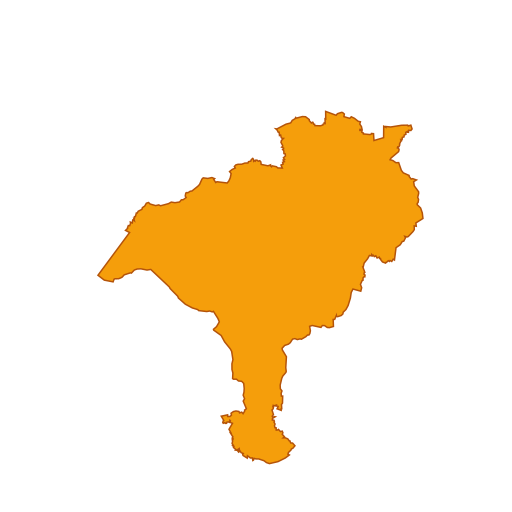 Atlapexco, Hidalgo, Mexico, rotated 26°
{"feature_id": "50627088B28473489349448", "entity_name": "Atlapexco", "entity_type": "district", "adm_level": 2, "iso_a3": "MEX", "parent_name": "Mexico", "parent_adm1": "Hidalgo", "projection": "albers", "projection_center": [-98.36, 21.021], "detail": "fine", "context": "isolated", "style": "filled", "palette": "amber", "viewbox_px": 512, "rotation_deg": 26, "n_neighbors": 0, "source": "geoboundaries", "source_scale": "gbopen_adm2", "svg_char_len": 6111}
<svg xmlns="http://www.w3.org/2000/svg" viewBox="0 0 512 512"><g transform="rotate(26 256 256)"><path d="M362.9,117.8L361.7,118.8L358.8,117.4L358.3,116.5L351.9,116.7L349.1,115.3L343.3,109.5L340.9,110.8L337.1,110.2L334.3,110.7L334.4,108.8L338.4,99.7L338.0,97.7L336.9,96.7L335.7,96.9L335.5,95.8L336.6,95.0L336.5,93.1L335.9,92.5L335.9,89.3L336.3,88.6L335.0,88.2L336.1,88.1L335.2,87.7L336.2,87.0L335.5,85.3L336.8,84.1L336.2,82.3L337.4,80.9L336.4,79.3L337.3,77.9L337.8,78.4L338.8,78.0L338.1,76.1L340.2,75.3L340.6,73.4L337.8,70.5L335.8,72.4L335.0,71.9L329.5,74.7L320.5,81.0L315.7,82.8L316.2,83.4L313.9,83.4L318.8,93.7L311.4,100.5L308.0,94.5L306.2,95.2L306.4,95.6L305.2,96.9L299.0,99.2L298.6,98.4L296.8,98.4L296.3,96.7L294.3,97.6L293.9,96.7L295.9,95.8L294.0,93.4L291.4,91.9L291.0,89.6L288.7,90.1L284.2,89.1L280.6,89.1L279.9,91.2L273.9,92.2L273.2,89.7L271.0,89.1L269.9,89.4L266.8,92.4L266.3,94.4L255.2,95.5L258.6,102.3L257.9,102.4L260.0,106.5L259.0,106.5L259.3,107.2L258.5,108.2L258.7,108.9L256.9,110.7L251.8,113.0L250.9,111.9L250.0,112.3L248.6,110.9L248.1,111.0L247.5,112.2L244.6,111.0L244.0,110.0L239.5,109.1L236.6,110.3L231.7,114.5L231.0,114.1L230.8,115.7L229.1,118.2L228.9,120.9L228.4,121.6L225.2,124.3L219.1,132.6L218.0,133.0L219.9,133.6L221.7,135.0L222.5,134.6L224.3,137.4L225.1,136.5L226.8,138.5L227.8,138.8L229.1,138.3L228.2,141.0L228.6,142.9L231.5,145.0L231.9,145.9L231.4,146.9L233.5,146.9L233.9,147.8L233.3,148.6L234.9,149.3L236.2,151.7L237.5,151.4L238.6,153.2L237.6,155.7L239.4,156.7L238.3,157.9L240.1,158.8L238.8,160.1L240.1,161.5L238.6,163.3L241.1,165.4L237.0,167.3L235.2,166.8L230.9,167.9L230.9,169.0L229.2,168.6L229.0,167.8L227.2,169.7L220.5,171.4L219.0,169.2L217.6,168.7L216.5,169.8L214.9,169.4L213.7,170.0L213.8,170.7L213.4,170.5L212.5,171.9L211.5,170.3L210.3,169.7L209.5,171.4L209.7,173.0L207.9,174.5L208.0,175.9L205.2,177.4L202.9,179.8L199.7,181.4L198.0,182.9L197.3,185.0L198.8,186.0L196.7,188.6L195.2,191.7L197.5,192.8L198.6,197.0L198.7,200.4L198.1,203.0L188.3,206.4L187.6,207.6L184.4,205.7L184.9,204.6L182.0,204.8L178.7,207.4L174.3,208.9L173.7,210.6L173.9,216.4L173.2,218.7L169.9,225.7L168.5,226.6L167.0,229.1L166.1,229.2L165.3,230.2L166.1,233.1L167.6,234.1L165.8,237.4L164.3,238.2L163.6,241.0L159.8,243.6L156.2,244.7L154.4,247.3L148.2,252.7L146.2,252.7L143.7,254.7L138.0,255.7L136.0,255.0L134.3,256.6L134.1,259.9L132.7,262.3L133.0,264.1L130.5,267.4L130.4,269.5L129.6,269.8L130.3,273.4L129.5,273.9L130.2,275.5L129.6,275.7L131.1,277.5L130.1,277.2L129.4,277.6L130.3,280.5L128.2,280.6L128.9,281.7L129.2,284.1L127.9,284.6L128.1,286.9L128.5,287.3L127.5,290.2L132.1,290.3L122.4,342.6L130.2,344.2L138.9,341.9L138.6,339.1L139.2,338.3L142.4,336.7L144.0,335.0L145.0,333.6L145.8,330.7L150.5,326.2L151.5,326.0L152.8,321.9L154.9,319.8L158.1,318.0L164.2,316.4L167.3,314.2L191.6,321.8L193.1,322.9L203.3,326.5L204.7,327.8L213.6,330.3L221.5,330.6L227.1,329.7L228.4,330.2L236.1,327.5L238.4,325.8L241.2,325.4L242.0,324.4L249.1,328.8L251.9,331.3L251.5,336.8L249.9,340.5L250.5,341.2L259.5,342.7L265.4,346.9L273.7,350.8L276.0,352.5L280.7,359.3L281.6,363.4L284.2,368.6L286.5,371.3L288.7,376.4L289.7,376.6L292.5,375.3L295.0,376.0L298.0,374.9L300.8,375.9L303.5,380.3L304.9,383.7L305.5,386.7L308.3,389.3L308.1,392.0L314.3,397.5L313.3,399.5L313.8,400.2L313.5,403.4L311.6,402.6L310.0,404.2L308.8,403.2L305.9,404.1L303.9,405.7L302.5,408.3L303.7,409.8L303.0,411.6L300.9,412.7L300.1,411.2L295.0,415.2L299.1,417.9L298.8,418.4L299.1,420.2L299.9,420.7L301.0,419.4L301.8,419.9L302.9,419.3L302.6,418.2L303.7,417.3L304.9,417.2L304.5,415.1L305.2,415.3L305.6,416.9L308.2,416.7L307.7,423.6L311.0,426.0L310.5,426.2L314.5,428.7L314.4,429.7L315.6,430.4L315.7,431.7L315.3,431.6L316.3,433.1L316.6,434.9L318.6,436.1L318.1,436.5L319.6,437.0L319.3,437.5L319.8,438.0L322.6,438.7L322.5,439.5L323.8,439.1L325.3,436.4L326.2,437.7L325.2,439.3L326.4,439.9L327.2,438.3L328.9,439.3L331.1,439.1L330.9,440.0L331.8,441.0L336.7,441.5L335.9,439.3L339.5,440.0L341.3,439.1L342.8,441.2L343.2,440.6L343.0,438.7L344.9,438.4L347.4,437.2L353.0,436.5L355.9,437.1L359.1,436.7L365.9,431.2L370.9,424.7L373.2,420.2L371.5,420.1L371.3,418.3L372.5,415.1L372.4,413.9L373.4,412.7L374.2,409.5L370.9,408.1L369.1,408.8L367.5,407.3L367.0,407.6L364.7,406.4L361.9,406.6L360.2,407.5L360.8,406.0L357.7,404.7L357.7,403.1L356.3,401.9L355.0,403.1L352.2,402.0L351.5,403.1L350.5,403.6L349.4,401.6L348.3,402.0L347.0,400.4L346.8,398.7L345.0,397.4L345.0,396.5L344.1,395.7L342.6,396.3L342.0,394.7L343.7,392.1L342.9,392.3L342.0,393.6L340.8,392.9L341.2,390.9L337.9,387.4L338.4,385.8L337.9,383.9L337.2,384.1L337.0,382.8L337.5,383.0L339.5,381.2L339.5,382.1L341.6,381.4L342.0,381.6L341.9,384.1L346.3,383.7L345.6,382.3L346.1,382.0L344.0,378.3L344.3,376.6L341.4,370.2L340.2,370.8L338.8,368.4L338.5,365.9L336.1,364.7L334.3,361.4L332.8,354.7L332.7,352.2L333.9,347.5L333.7,346.4L331.7,343.3L327.5,333.2L320.9,328.9L319.9,327.5L321.0,323.8L323.8,321.0L324.8,318.9L325.3,314.7L327.2,313.2L329.8,313.0L331.9,311.2L333.3,310.9L336.2,306.6L336.9,304.5L338.2,303.8L338.4,302.1L337.7,299.4L335.0,295.7L337.0,293.8L345.7,291.7L346.1,289.4L348.2,288.5L351.4,289.0L353.4,288.2L356.5,285.4L353.2,279.2L354.5,278.5L354.3,274.2L354.8,275.0L355.9,274.8L358.7,272.1L359.5,270.0L359.0,268.3L360.3,264.7L360.5,260.1L359.3,252.5L357.6,247.1L357.6,243.2L365.6,241.7L364.9,238.2L362.3,235.7L362.2,231.3L362.8,230.8L361.8,228.8L362.3,227.1L362.9,227.0L362.6,226.0L362.3,225.3L361.0,225.0L360.6,223.6L361.0,223.0L356.9,219.1L357.2,219.0L356.3,215.0L357.5,209.6L357.7,205.8L361.1,204.9L359.6,204.6L359.4,204.0L360.5,204.5L360.9,203.9L362.6,204.7L363.6,203.3L365.7,204.7L367.3,203.0L368.3,204.1L369.0,203.7L369.8,204.7L372.3,205.9L375.5,205.6L375.5,204.9L376.0,204.7L377.0,202.2L378.3,202.4L378.5,201.3L380.4,201.4L380.7,198.7L382.2,198.9L378.2,187.1L380.7,182.7L381.1,178.9L382.3,177.9L382.4,174.1L381.1,173.1L383.4,172.7L384.3,171.8L386.4,165.2L386.7,162.9L385.0,159.6L387.0,159.0L385.2,156.2L389.6,149.1L386.6,144.4L382.9,140.7L378.4,139.2L377.9,138.2L378.2,136.7L377.3,133.9L375.6,132.4L374.8,128.5L374.0,127.0L367.5,123.6L365.1,120.1L366.9,117.3L362.9,117.8Z" fill="#f59e0b" stroke="#b45309" stroke-width="1.5"/></g></svg>